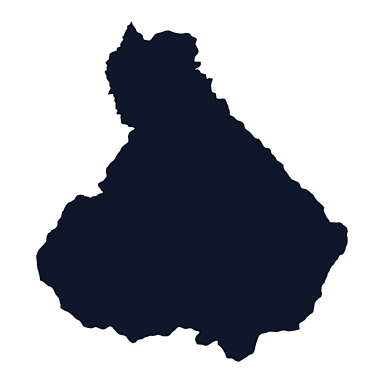 the district of Gurinhatã, Minas Gerais, Brazil
{"feature_id": "56859067B51410888588014", "entity_name": "Gurinhatã", "entity_type": "district", "adm_level": 2, "iso_a3": "BRA", "parent_name": "Brazil", "parent_adm1": "Minas Gerais", "projection": "albers", "projection_center": [-49.875, -19.057], "detail": "fine", "context": "isolated", "style": "filled", "palette": "ink", "viewbox_px": 384, "rotation_deg": 0, "n_neighbors": 0, "source": "geoboundaries", "source_scale": "gbopen_adm2", "svg_char_len": 5930}
<svg xmlns="http://www.w3.org/2000/svg" viewBox="0 0 384 384"><path d="M298.9,328.7L298.4,325.8L298.5,323.3L300.7,321.6L302.6,320.6L304.3,319.4L305.6,317.8L306.6,316.2L308.5,314.9L309.9,313.5L311.6,312.8L312.8,311.0L313.0,308.8L313.4,307.0L313.7,305.1L314.1,302.8L315.4,300.7L316.8,299.2L318.5,297.5L320.5,296.5L321.3,293.7L320.6,290.6L320.7,288.5L321.0,286.2L321.9,284.2L323.8,282.6L324.5,280.0L325.5,278.0L326.6,275.7L327.1,272.8L328.8,271.0L329.2,269.1L330.2,267.7L331.2,265.8L333.2,264.0L334.5,261.4L335.8,260.0L337.3,258.5L338.1,256.5L339.0,254.8L340.8,254.1L342.4,253.6L343.7,251.6L344.7,249.6L345.0,247.7L345.5,246.0L346.5,244.0L346.9,241.6L346.9,238.4L346.2,235.6L346.2,233.6L347.0,231.8L346.7,229.8L346.1,227.9L344.4,226.6L342.6,225.4L341.3,223.8L339.4,223.0L337.3,223.3L335.6,223.3L333.2,223.0L330.7,223.2L329.0,222.0L327.9,219.9L326.1,217.9L325.0,215.4L324.3,213.7L323.3,211.7L322.9,209.6L323.5,207.8L322.0,206.0L320.4,204.5L319.1,203.3L317.1,201.7L315.2,199.3L313.8,197.3L312.7,195.1L310.7,193.8L308.7,191.9L306.4,190.2L304.4,189.6L302.3,189.4L300.2,187.7L299.2,184.9L298.2,183.1L296.7,182.3L294.8,181.5L293.2,180.8L291.5,180.0L289.8,178.3L288.5,176.6L287.5,174.8L285.9,172.5L284.2,170.8L282.9,167.9L282.7,165.3L280.8,163.6L278.7,162.2L276.9,161.2L275.7,159.7L274.9,158.0L273.7,156.4L272.3,155.3L271.0,153.9L270.2,152.2L270.0,150.2L268.6,149.0L265.1,148.6L262.8,146.6L261.8,144.6L261.1,143.0L259.9,141.4L258.6,139.7L256.1,139.2L253.8,138.0L252.6,136.3L250.7,134.1L249.0,132.2L247.0,130.9L245.0,129.4L243.9,127.6L243.6,125.3L242.5,123.2L240.6,122.1L238.6,121.4L236.7,121.0L235.3,119.4L233.6,117.6L231.7,116.6L230.1,116.1L228.9,114.6L229.2,112.6L228.8,110.6L227.9,108.6L227.6,106.6L226.5,103.7L225.6,101.5L224.6,99.5L222.5,99.3L219.8,99.6L217.5,99.4L215.7,98.6L215.6,96.3L214.9,93.6L212.4,93.2L211.1,91.5L210.6,88.5L210.3,85.7L210.6,83.5L211.3,81.2L212.0,79.3L209.7,78.7L206.7,79.9L205.6,77.5L205.2,75.0L202.8,74.4L200.4,73.5L199.1,71.2L197.3,69.9L195.0,71.4L194.4,69.4L195.9,67.5L198.2,66.8L200.0,64.9L200.1,62.5L198.1,62.4L195.8,62.7L193.6,61.5L193.7,59.8L194.0,57.9L194.8,55.9L196.0,54.5L197.2,53.2L197.9,51.4L197.4,49.6L196.5,47.6L195.6,46.0L194.5,44.3L195.3,42.0L196.2,39.4L194.9,38.2L192.9,37.7L190.7,36.2L189.4,34.2L186.6,33.6L183.5,34.2L179.9,34.3L175.3,33.5L172.8,32.9L170.9,32.0L168.9,31.2L166.5,31.3L164.9,31.7L163.3,32.4L160.4,33.3L157.7,33.8L155.8,34.6L154.7,36.0L153.2,37.8L151.3,40.4L149.1,41.4L147.3,41.0L145.5,40.8L143.4,40.2L142.4,38.0L142.0,35.7L139.9,33.9L137.5,33.1L136.0,31.7L135.1,29.4L133.9,27.4L132.3,25.6L131.3,23.0L130.2,25.2L127.9,26.4L128.0,28.8L126.6,30.8L125.3,33.6L124.5,36.0L123.0,37.2L124.3,39.5L122.8,41.6L121.5,43.2L120.9,45.0L121.4,47.4L119.2,47.6L117.6,48.4L117.6,50.8L115.7,51.7L112.3,52.9L110.3,54.3L109.5,59.7L107.8,61.1L106.3,62.9L108.1,65.5L107.2,67.9L107.8,70.1L105.5,71.9L106.5,74.2L107.4,76.1L107.1,78.0L108.3,79.8L110.2,82.2L110.0,85.6L111.6,87.8L110.9,89.7L109.7,91.6L109.0,93.7L112.8,93.1L114.4,93.7L113.9,95.8L115.7,98.0L115.0,100.7L116.4,103.1L116.2,106.2L116.2,108.2L118.0,109.5L118.0,111.8L117.3,113.5L119.7,113.6L121.8,114.4L121.2,117.1L121.6,119.8L121.7,122.1L122.9,123.4L125.4,123.5L128.0,124.5L129.2,126.3L131.3,126.2L133.9,126.8L136.0,128.5L134.0,130.5L131.4,131.8L129.9,133.3L129.0,135.2L128.8,137.0L129.1,139.2L129.1,142.2L127.1,143.9L125.7,144.9L123.9,146.3L122.3,147.9L121.4,149.5L120.6,151.5L118.8,153.4L117.4,155.5L116.3,157.7L115.2,159.7L114.0,161.1L112.5,162.2L110.6,163.9L109.2,166.0L107.8,167.6L106.8,169.4L106.6,171.7L107.1,173.9L107.5,176.2L106.2,178.5L104.9,179.9L103.4,181.6L100.9,182.6L98.7,184.2L99.0,186.2L100.8,187.9L101.7,189.8L103.5,191.3L103.6,193.9L101.3,194.0L99.0,194.6L97.4,196.3L95.4,196.9L92.9,197.0L90.9,198.8L88.6,197.8L86.4,197.1L84.3,197.1L83.2,195.7L80.7,195.4L78.0,195.9L76.1,197.6L75.3,199.8L73.2,201.1L71.0,202.6L68.4,203.5L66.6,205.7L65.1,208.4L64.2,210.9L62.8,212.2L62.3,214.7L61.7,217.7L59.8,219.8L58.2,221.8L58.3,224.9L57.1,227.6L55.1,229.4L52.0,230.8L50.9,232.7L48.6,233.8L47.5,236.3L47.1,238.7L47.1,240.5L46.5,242.3L45.1,244.1L43.7,245.7L42.4,246.9L41.2,248.3L39.7,249.9L38.3,252.2L37.6,254.3L37.0,256.0L37.2,258.7L37.5,261.4L37.7,264.6L38.0,267.0L38.4,268.9L39.0,271.0L39.9,274.7L40.5,276.8L40.7,279.8L42.4,280.5L44.2,281.5L46.0,283.1L48.5,285.3L51.5,286.2L53.3,288.1L54.8,290.7L55.6,292.7L56.6,294.5L58.0,296.0L59.1,297.3L59.8,299.0L60.5,301.7L61.4,304.8L61.1,307.4L63.2,309.1L66.3,310.4L68.8,311.6L71.1,313.3L73.3,315.0L74.9,317.0L76.2,318.1L80.3,320.4L82.0,322.7L83.0,324.5L84.1,325.8L86.0,326.6L87.9,327.1L89.8,327.4L91.7,327.6L93.7,326.8L95.7,326.2L97.6,326.8L99.8,327.8L102.5,328.7L104.7,328.5L106.9,327.0L109.0,325.8L110.8,325.6L112.8,326.7L114.5,328.7L116.2,330.6L117.6,332.2L119.5,333.8L122.1,334.4L124.7,334.8L126.8,336.1L128.7,339.0L130.4,340.9L132.5,342.4L135.4,341.7L136.8,339.8L138.8,338.8L141.4,338.6L145.1,336.5L147.6,335.9L149.7,335.0L152.6,335.2L155.2,334.8L156.9,334.1L158.8,334.0L161.1,334.8L163.3,335.6L165.4,335.5L167.4,335.5L169.5,334.5L171.2,332.2L172.6,330.9L174.2,329.9L175.8,328.1L177.4,326.7L179.0,326.1L180.8,326.5L183.2,327.6L185.6,328.3L190.3,327.4L192.2,328.0L193.7,328.9L195.7,330.0L198.1,330.4L200.2,331.4L200.0,333.6L198.1,335.1L196.5,336.8L195.8,339.3L196.4,341.2L197.3,343.5L199.6,343.9L202.5,343.9L205.1,345.0L207.1,344.8L210.6,342.8L212.7,341.3L215.3,340.1L217.8,340.0L218.6,341.7L218.4,344.0L219.9,345.5L221.4,346.6L222.6,348.1L223.7,349.8L224.7,351.6L225.7,353.3L226.4,355.2L227.1,357.2L229.0,357.8L231.2,357.5L233.5,358.3L235.4,359.9L238.7,361.0L241.5,359.4L244.0,357.6L246.1,356.5L247.5,355.4L248.9,354.3L251.2,353.7L253.0,352.2L254.1,349.6L254.6,346.6L255.2,344.5L255.6,342.6L256.5,340.6L256.9,338.8L257.6,336.9L258.9,334.8L261.2,333.1L263.4,332.6L265.7,332.3L267.8,331.3L270.1,330.9L272.6,331.0L276.3,331.3L278.6,331.0L281.4,329.9L284.6,329.7L287.0,330.4L289.3,330.6L291.4,330.3L293.6,330.0L296.4,329.4L298.9,328.7Z" fill="#0f172a" stroke="#020617" stroke-width="1.5"/></svg>